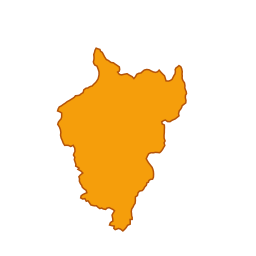 outline of Jacuí, Minas Gerais, Brazil, rotated 148°
{"feature_id": "56859067B14406788913482", "entity_name": "Jacuí", "entity_type": "district", "adm_level": 2, "iso_a3": "BRA", "parent_name": "Brazil", "parent_adm1": "Minas Gerais", "projection": "robinson", "projection_center": [-46.738, -21.024], "detail": "fine", "context": "isolated", "style": "filled", "palette": "amber", "viewbox_px": 256, "rotation_deg": 148, "n_neighbors": 0, "source": "geoboundaries", "source_scale": "gbopen_adm2", "svg_char_len": 3247}
<svg xmlns="http://www.w3.org/2000/svg" viewBox="0 0 256 256"><g transform="rotate(148 128 128)"><path d="M205.2,93.8L204.0,91.7L202.0,91.0L202.2,88.0L200.5,87.5L200.3,84.9L200.3,82.5L198.8,80.8L197.4,79.6L196.0,78.8L195.4,76.6L194.6,74.6L192.8,74.1L191.9,72.5L190.1,70.8L188.3,71.2L186.2,70.5L184.9,68.4L183.9,66.8L183.3,64.9L185.5,63.8L187.7,62.6L188.4,60.8L189.1,58.9L190.2,57.1L191.9,57.2L193.4,56.9L195.1,55.5L193.5,53.8L191.7,52.1L193.2,50.4L192.7,48.6L190.9,48.2L189.3,47.9L187.9,46.2L186.9,43.4L184.7,43.8L182.4,44.5L179.9,45.7L177.1,45.3L175.7,47.5L174.7,49.3L172.9,48.3L171.9,49.8L171.4,51.7L170.4,53.5L169.4,55.6L167.7,57.4L165.5,58.4L163.9,59.5L161.9,60.4L160.2,62.5L159.2,64.2L158.1,65.7L155.8,65.7L153.8,67.8L151.7,68.4L149.0,67.4L147.2,67.9L145.2,69.1L142.8,69.7L141.0,71.5L139.4,71.2L138.1,72.4L136.2,72.5L134.3,71.6L132.5,72.8L130.7,75.4L129.5,77.7L128.8,79.9L128.4,81.9L128.7,84.7L129.0,87.5L129.0,89.9L128.8,92.3L126.4,93.9L124.1,95.2L121.7,94.9L119.4,93.4L117.8,92.9L116.1,91.7L114.3,90.3L112.5,90.6L110.1,91.5L108.2,92.6L106.1,93.6L105.3,96.3L103.4,97.4L102.8,100.2L101.3,102.7L99.6,104.9L98.2,107.1L96.8,109.1L95.6,111.3L96.8,113.4L96.1,115.4L93.9,115.4L92.1,115.0L91.1,112.5L89.0,111.1L86.8,111.2L85.2,111.0L83.1,110.7L80.4,111.0L78.3,111.3L77.6,113.3L75.6,115.3L73.1,116.2L71.5,117.1L70.3,118.2L68.5,118.4L65.7,118.7L64.2,120.7L63.4,123.2L61.9,125.3L60.2,126.1L59.4,127.9L59.1,129.7L58.6,131.9L57.3,133.7L56.2,136.3L56.3,139.3L55.7,141.6L54.4,143.4L53.6,145.1L52.1,147.1L51.1,149.7L50.8,152.1L51.7,153.9L53.4,153.6L55.5,153.5L57.0,152.6L58.0,150.6L59.4,149.0L61.1,148.2L62.9,147.1L64.9,145.9L67.1,145.9L68.8,146.3L70.8,147.8L70.1,150.2L69.4,152.9L70.1,155.8L70.6,158.2L70.9,160.6L73.1,160.0L75.1,160.5L76.8,162.1L78.2,164.2L79.3,166.2L81.1,167.7L83.5,168.5L85.7,168.2L87.9,167.8L90.0,168.7L92.1,168.9L94.6,167.5L96.8,166.8L97.3,169.4L98.8,172.0L100.0,174.5L102.7,175.6L105.4,176.5L106.9,178.0L107.2,180.9L105.3,180.9L104.0,182.1L103.0,184.4L104.1,187.0L105.1,189.2L105.8,191.0L107.7,192.6L108.8,195.5L110.1,197.6L110.2,200.5L109.9,203.8L109.8,205.8L110.6,207.6L110.2,209.5L111.5,211.0L112.7,212.6L114.8,211.4L116.5,209.7L118.1,208.5L118.9,206.8L119.8,205.2L120.8,203.9L122.3,202.5L122.8,200.8L122.8,199.0L121.5,196.9L122.1,193.8L122.8,191.0L124.4,188.4L125.8,187.0L127.2,185.6L129.0,184.7L130.5,184.0L132.5,183.5L134.2,183.2L136.1,182.6L137.7,183.1L139.4,183.3L141.0,183.2L142.5,184.0L145.2,183.8L147.3,181.8L150.0,181.8L151.7,181.5L153.7,182.3L155.5,183.2L157.2,182.5L158.9,182.4L160.9,182.4L163.2,182.4L165.6,182.6L168.1,182.3L170.3,182.3L172.6,182.1L175.1,182.3L176.9,181.3L178.7,179.8L177.3,177.9L176.3,175.9L177.2,174.4L178.5,172.4L180.1,171.1L182.0,170.6L184.0,169.8L185.7,168.3L185.6,165.4L186.2,162.4L187.3,159.8L189.0,157.7L190.0,154.9L190.3,152.5L190.9,149.5L190.9,146.8L189.4,146.0L187.7,144.8L186.4,142.7L183.7,142.4L183.8,139.2L185.3,136.3L187.0,135.2L188.6,134.0L188.6,131.4L190.3,129.6L190.9,127.0L191.5,124.7L192.6,123.4L191.6,121.8L190.8,119.9L192.4,119.5L190.8,116.6L190.2,113.8L193.3,113.4L195.5,112.7L196.0,110.7L197.4,108.7L197.8,105.9L197.6,104.0L198.1,102.2L197.7,100.2L196.5,97.3L197.2,94.9L199.6,95.3L201.7,95.5L203.7,95.3L205.2,93.8Z" fill="#f59e0b" stroke="#b45309" stroke-width="1.5"/></g></svg>